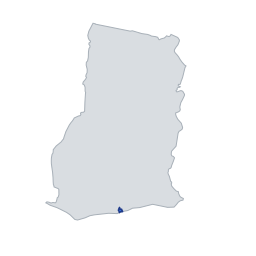 Gomoa Central, Central, Ghana (highlighted), rotated 12°
{"feature_id": "2480657B15531990631346", "entity_name": "Gomoa Central", "entity_type": "district", "adm_level": 2, "iso_a3": "GHA", "parent_name": "Ghana", "parent_adm1": "Central", "projection": "mercator", "projection_center": [-0.697, 5.353], "detail": "fine", "context": "in_parent", "style": "filled", "palette": "blue", "viewbox_px": 256, "rotation_deg": 12, "n_neighbors": 0, "source": "geoboundaries", "source_scale": "gbopen_adm2", "svg_char_len": 3405}
<svg xmlns="http://www.w3.org/2000/svg" viewBox="0 0 256 256"><g transform="rotate(12 128 128)"><path d="M157.8,29.1L159.8,31.0L160.2,32.1L159.5,36.2L158.1,39.1L157.2,41.8L157.3,43.1L158.2,44.4L161.2,46.6L162.7,47.9L164.6,50.0L166.7,52.0L170.3,54.7L171.8,55.2L171.7,55.9L171.2,56.9L170.9,66.7L170.6,69.3L170.3,70.5L170.0,74.2L169.6,74.7L169.0,74.7L168.3,74.8L168.2,75.6L168.4,76.3L170.6,76.8L170.1,77.4L168.5,77.9L167.8,79.0L168.1,80.3L167.2,81.3L167.5,82.0L168.0,82.5L168.9,82.3L171.5,80.6L172.5,80.4L173.9,80.7L176.3,83.3L176.4,84.6L175.4,88.9L174.4,92.2L174.3,96.7L175.3,99.2L175.1,100.5L174.0,101.7L171.5,103.4L171.7,104.6L172.9,106.8L175.0,109.2L179.1,112.2L181.3,116.1L181.3,117.7L180.1,119.3L178.6,120.7L178.1,122.7L178.8,135.8L175.5,141.5L175.5,143.1L175.8,145.0L176.6,146.1L178.3,146.4L179.7,147.5L179.2,151.5L178.5,155.6L178.4,157.6L178.0,158.5L176.7,159.3L176.2,160.5L176.5,162.1L176.3,163.3L177.0,164.8L178.5,166.7L180.9,171.4L181.8,171.7L182.2,172.7L181.9,173.7L182.9,175.8L185.5,177.8L188.3,179.6L190.6,179.9L191.1,181.5L192.6,183.6L193.6,184.5L195.4,185.1L196.8,185.4L196.8,187.1L194.3,188.3L192.6,190.1L191.3,192.8L189.5,195.8L183.2,197.4L180.8,197.4L168.0,197.5L156.0,203.4L149.1,205.5L144.9,208.8L139.2,211.2L135.2,214.0L126.9,215.4L113.3,219.9L109.0,221.7L104.7,224.8L97.8,228.5L95.0,228.5L89.5,225.0L85.4,223.3L75.3,220.7L67.8,219.7L64.2,218.5L63.2,218.3L64.0,217.1L66.1,217.0L68.3,217.4L70.0,216.5L72.5,216.3L73.1,215.4L73.3,212.9L73.3,210.9L74.1,210.0L74.3,207.6L73.1,202.4L72.3,201.8L67.9,201.0L67.6,200.0L66.8,198.9L66.0,196.2L65.0,192.2L63.5,187.2L60.5,179.0L59.8,176.1L59.3,173.2L59.2,169.6L59.8,168.3L59.7,166.5L59.4,164.7L61.5,160.5L65.6,155.4L66.4,153.5L67.2,152.2L67.3,150.4L68.0,144.4L70.0,137.2L71.2,134.4L72.0,133.0L73.0,130.5L73.3,129.4L77.0,126.6L78.7,125.8L79.1,124.7L78.5,123.5L78.8,122.7L79.7,122.2L81.1,121.9L82.1,120.7L80.5,111.8L79.2,102.9L79.2,102.1L78.4,100.9L77.6,97.2L76.4,95.1L74.6,94.4L74.6,92.4L76.4,89.0L76.9,87.0L76.0,86.4L75.9,84.8L76.5,82.3L76.2,80.7L75.9,79.1L74.0,75.1L73.6,72.4L74.5,70.8L74.5,67.2L73.5,61.7L73.3,58.3L74.0,56.8L73.7,55.5L72.3,54.2L72.2,52.9L73.4,51.7L73.2,50.7L71.8,50.0L70.5,48.3L69.4,45.7L69.6,41.4L71.8,33.5L72.0,32.8L74.4,32.9L74.5,33.2L82.0,33.1L90.6,33.0L100.9,32.9L110.2,32.8L110.7,32.5L112.2,32.0L121.7,32.8L127.6,32.4L130.1,32.7L131.9,33.2L136.0,32.9L138.2,33.1L139.8,35.1L140.5,35.1L141.4,34.2L143.0,33.3L144.7,32.5L145.9,31.0L146.6,29.8L147.7,30.0L149.2,30.0L150.2,29.0L150.6,27.5L157.8,29.1Z" fill="#d9dde1" stroke="#a8b0b8" stroke-width="1"/><path d="M136.7,212.7L136.8,212.5L137.0,212.5L137.0,212.4L137.3,212.3L137.3,212.2L137.2,212.1L137.3,212.0L137.3,211.9L137.5,211.8L137.5,211.7L137.8,211.6L138.0,211.6L138.3,211.5L138.3,211.4L138.5,211.4L138.8,211.3L138.8,211.2L139.0,211.2L139.3,211.1L139.6,211.0L139.8,211.0L139.9,210.9L140.0,210.9L140.0,210.7L139.9,210.5L139.5,210.4L139.5,210.2L139.4,210.2L139.2,210.1L139.1,209.9L139.0,209.7L138.9,209.5L138.9,209.4L138.8,209.2L138.8,208.9L138.6,208.8L138.2,208.9L137.9,209.0L137.5,209.2L137.4,209.1L137.4,208.9L137.2,208.8L137.1,208.7L136.9,208.5L136.8,208.4L136.7,208.4L136.6,208.2L136.4,208.3L136.4,208.2L136.5,208.1L136.5,207.9L136.4,207.8L136.4,207.7L136.2,207.6L136.0,208.2L135.8,208.5L136.0,208.9L136.2,209.3L136.0,209.7L135.7,210.0L135.7,210.4L135.9,210.7L136.4,211.1L136.7,211.5L136.8,212.2L136.7,212.7Z" fill="#3b82f6" stroke="#1e3a8a" stroke-width="1.5"/></g></svg>